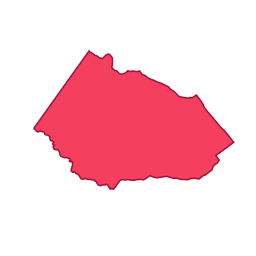 Tala, Canelones, Uruguay (Robinson projection), rotated 232°
{"feature_id": "84410073B98318272763816", "entity_name": "Tala", "entity_type": "district", "adm_level": 2, "iso_a3": "URY", "parent_name": "Uruguay", "parent_adm1": "Canelones", "projection": "robinson", "projection_center": [-55.755, -34.328], "detail": "fine", "context": "isolated", "style": "filled", "palette": "rose", "viewbox_px": 256, "rotation_deg": 232, "n_neighbors": 0, "source": "geoboundaries", "source_scale": "gbopen_adm2", "svg_char_len": 4743}
<svg xmlns="http://www.w3.org/2000/svg" viewBox="0 0 256 256"><g transform="rotate(232 128 128)"><path d="M212.7,144.8L185.9,54.2L185.6,53.8L184.8,53.5L183.4,54.2L182.2,53.8L181.1,54.0L180.1,55.0L179.9,56.3L179.2,57.2L177.8,58.3L176.7,59.3L175.6,59.2L174.4,58.8L173.5,58.9L172.7,59.4L171.9,60.4L169.5,61.0L168.4,60.4L167.5,59.9L166.3,59.3L165.7,59.3L165.0,60.0L163.9,60.5L162.4,60.5L162.2,59.7L161.8,58.9L161.1,58.7L160.3,59.1L159.7,59.3L159.7,58.4L159.4,57.5L158.4,57.0L157.4,56.7L156.9,57.2L156.3,57.0L155.2,57.7L154.7,58.6L154.1,59.2L153.2,59.5L152.0,59.5L151.0,59.0L149.8,58.4L148.6,57.9L147.6,57.7L146.4,58.0L145.6,58.4L144.6,59.1L144.1,59.5L143.9,59.7L143.7,59.8L143.6,60.0L143.3,60.0L143.2,60.4L143.0,60.7L143.0,60.8L142.9,60.9L142.8,61.0L142.7,61.1L142.5,61.3L142.4,61.3L142.2,61.5L142.0,61.8L141.1,62.3L140.8,62.4L140.8,62.5L140.7,62.8L140.3,63.0L140.1,62.9L139.4,63.0L139.0,63.2L138.9,63.3L138.8,63.2L138.5,63.1L138.4,63.0L138.4,62.9L138.2,62.5L138.2,62.3L138.2,62.1L138.3,61.9L138.2,61.7L138.0,61.4L137.9,61.3L137.4,61.5L137.1,61.7L136.9,61.8L136.7,61.9L136.7,62.0L136.7,62.4L136.7,62.6L136.7,62.8L136.4,62.9L136.3,63.0L136.2,63.1L135.9,63.0L135.5,63.2L135.4,63.2L135.1,63.2L134.9,63.1L134.8,62.9L134.7,62.8L134.7,62.7L134.4,62.5L134.3,62.4L134.0,62.1L133.7,61.9L133.4,61.8L133.0,61.5L132.6,61.1L132.4,60.9L132.3,60.7L132.1,60.6L132.0,60.4L131.8,60.0L131.8,59.8L131.6,59.8L131.6,59.6L131.4,59.4L131.3,59.2L131.1,59.0L131.0,58.8L130.9,58.6L130.7,58.5L130.6,58.3L130.6,58.1L130.4,58.0L130.2,57.7L129.6,57.2L129.2,57.0L128.8,56.9L128.6,56.8L128.4,56.9L128.0,56.9L127.5,57.1L127.1,57.2L127.0,57.3L126.8,57.4L126.7,57.5L126.7,57.8L126.7,58.3L126.7,58.6L126.6,58.8L125.9,59.0L125.6,59.0L125.3,59.3L124.9,59.2L124.6,59.0L124.5,58.9L124.4,58.9L124.1,59.1L123.9,59.2L123.5,59.3L123.2,59.5L122.8,59.7L122.4,59.9L122.1,59.8L121.8,60.0L121.5,60.1L121.4,60.2L121.2,60.2L120.4,60.3L120.1,60.3L120.0,60.2L119.8,60.2L119.6,59.9L119.1,59.8L118.9,59.8L118.5,60.0L118.4,60.1L118.2,60.0L118.0,59.9L117.8,59.8L117.6,59.8L117.2,59.8L116.9,59.8L116.7,59.8L116.4,59.9L116.3,60.0L116.2,60.1L116.0,60.4L115.7,60.8L115.4,61.1L115.2,61.4L115.1,61.5L114.9,62.1L115.0,62.7L114.9,62.8L114.8,63.1L114.4,63.3L114.1,63.5L113.7,63.7L113.2,64.0L112.9,64.2L112.7,64.3L112.4,64.7L112.3,64.9L111.6,65.5L111.4,65.9L111.2,66.1L110.6,66.7L110.4,66.9L109.3,67.7L109.2,67.9L109.1,68.0L108.9,68.3L108.6,68.7L108.5,68.8L108.3,68.9L108.0,69.0L107.5,69.0L107.4,69.0L106.9,69.2L106.3,69.4L105.8,69.7L105.6,69.7L105.3,69.8L105.2,69.8L104.8,69.8L104.6,69.8L104.4,69.8L104.1,69.8L103.9,69.8L103.8,69.7L103.5,69.5L103.1,69.5L102.7,69.5L102.6,69.4L102.2,69.4L101.9,69.5L101.5,69.5L101.1,69.6L100.8,69.8L100.7,69.9L100.5,70.0L100.4,70.0L100.2,70.1L99.4,71.0L99.2,71.4L99.0,72.1L98.9,72.3L98.8,72.9L98.7,73.1L98.4,73.6L98.1,73.9L98.0,74.0L97.9,74.1L97.6,74.4L97.4,74.6L97.2,74.8L97.1,75.2L97.4,75.3L97.6,75.5L97.5,75.9L97.4,76.0L96.9,76.1L96.5,76.3L96.1,76.6L95.6,76.8L95.3,76.9L95.1,76.9L94.7,76.9L94.4,76.8L94.2,76.7L93.9,76.5L93.7,76.5L93.4,76.5L93.0,76.5L92.4,76.6L92.1,76.9L91.9,76.9L91.7,76.7L91.4,76.7L91.2,76.4L90.9,76.4L90.8,76.5L90.7,76.7L90.5,76.9L90.5,77.0L90.4,77.4L90.3,77.5L90.2,77.6L90.1,77.8L89.9,77.9L89.9,78.0L89.7,78.2L89.7,78.3L89.6,78.5L89.4,78.6L89.1,78.6L88.9,78.8L88.7,78.9L88.6,79.0L88.8,79.3L89.0,79.4L89.1,79.5L89.1,79.8L89.2,80.0L89.1,80.5L89.2,80.8L89.3,80.8L89.4,81.0L89.4,81.3L89.3,81.5L89.2,81.9L90.1,83.9L91.0,87.3L91.6,89.8L90.8,91.7L88.8,93.7L87.2,96.5L85.1,98.2L83.0,100.7L82.3,102.4L80.8,104.7L79.7,106.4L77.6,108.2L77.1,111.1L77.1,114.0L76.8,116.0L74.7,117.2L72.9,118.3L70.8,120.3L69.3,123.0L67.9,125.6L66.1,128.8L63.4,130.6L60.1,133.1L58.4,135.5L55.1,137.9L51.9,141.6L50.6,143.0L50.1,144.3L49.7,145.8L47.2,149.9L44.1,152.5L44.1,155.1L44.1,158.8L43.4,159.6L43.4,161.4L43.3,168.4L44.0,169.3L45.4,171.5L45.6,174.1L45.4,176.6L46.0,178.9L46.5,180.1L51.2,180.2L52.2,180.3L52.3,181.8L52.0,186.7L51.6,202.5L66.7,202.4L69.3,201.8L72.9,201.4L84.5,201.1L94.0,200.7L97.9,200.8L99.3,201.5L102.9,202.0L111.9,202.2L112.3,197.3L113.8,195.7L114.8,193.3L116.7,191.7L118.4,190.1L121.0,187.8L122.7,187.4L125.4,187.2L127.7,186.9L129.9,186.2L132.4,185.3L135.6,185.3L140.3,182.8L142.8,181.8L145.1,180.0L150.1,177.5L152.2,176.1L154.6,174.8L156.3,174.2L157.8,174.1L159.2,173.6L161.2,172.1L162.3,172.1L165.4,172.3L166.0,172.0L166.5,170.5L167.3,169.3L169.7,167.2L170.7,165.8L171.2,164.5L173.3,163.0L173.0,161.3L172.9,159.8L174.2,156.1L176.0,154.6L178.4,154.5L179.9,154.3L181.2,153.1L184.7,152.4L186.2,152.9L187.2,154.3L189.6,156.5L192.7,158.8L195.0,158.9L197.1,158.9L198.2,158.2L198.9,156.9L198.9,154.2L198.4,151.3L199.7,149.4L201.5,148.4L203.5,148.1L206.8,146.1L208.5,146.1L209.9,145.4L211.1,144.7L212.7,144.8Z" fill="#f43f5e" stroke="#9f1239" stroke-width="1.5"/></g></svg>